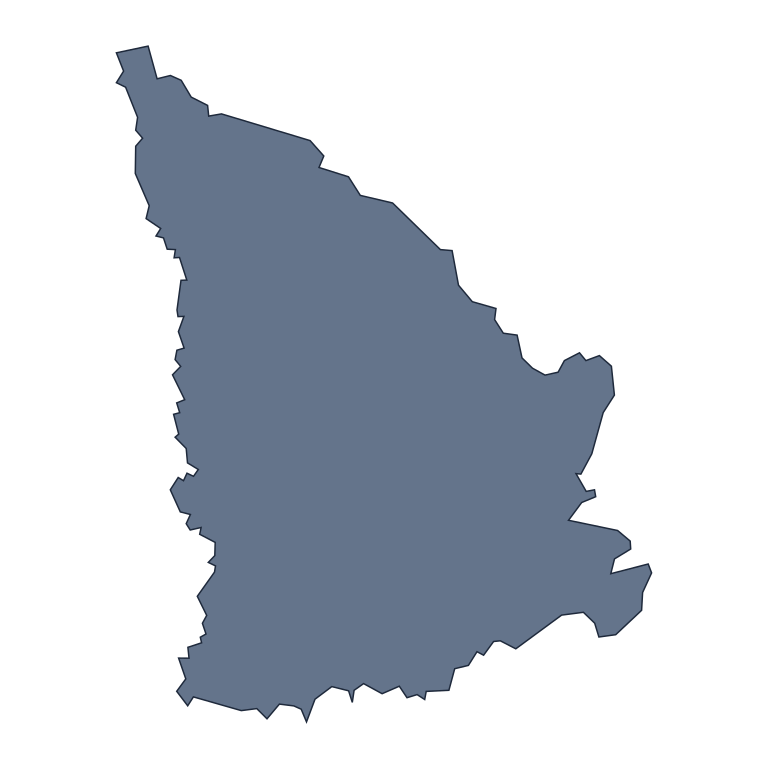 outline of Wassa Amenfi East, Western, Ghana
{"feature_id": "2480657B15365927336493", "entity_name": "Wassa Amenfi East", "entity_type": "district", "adm_level": 2, "iso_a3": "GHA", "parent_name": "Ghana", "parent_adm1": "Western", "projection": "mercator", "projection_center": [-2.086, 5.877], "detail": "medium", "context": "isolated", "style": "filled", "palette": "slate", "viewbox_px": 768, "rotation_deg": 0, "n_neighbors": 0, "source": "geoboundaries", "source_scale": "gbopen_adm2", "svg_char_len": 1923}
<svg xmlns="http://www.w3.org/2000/svg" viewBox="0 0 768 768"><path d="M176.7,691.3L187.7,705.8L193.4,696.9L241.3,710.6L256.8,708.6L267.0,718.8L279.4,704.1L293.8,705.9L301.2,709.2L306.5,721.9L315.0,699.2L331.8,686.6L348.6,690.8L352.3,702.4L354.1,690.3L363.6,683.6L382.1,693.7L399.3,686.2L407.0,697.7L417.1,694.6L424.7,699.5L426.2,691.4L448.9,690.3L454.7,668.7L468.4,665.4L477.0,651.7L483.6,655.2L493.6,641.5L500.3,640.8L515.8,648.8L561.6,615.1L583.4,612.3L594.7,623.2L598.9,637.0L615.7,634.7L641.6,610.3L642.6,592.5L651.6,572.9L648.2,564.0L610.8,573.7L614.5,558.9L630.7,549.0L630.2,541.1L617.6,530.5L568.5,520.3L581.7,502.5L595.7,496.7L594.5,489.8L586.2,491.4L576.0,473.6L580.9,474.1L591.8,453.8L603.2,412.6L614.4,395.1L611.4,366.2L599.4,355.6L585.9,360.6L579.5,352.8L564.4,360.6L558.1,372.2L545.0,375.1L532.5,368.2L522.0,357.9L517.1,335.1L503.3,333.2L494.6,319.6L496.0,308.5L472.3,301.7L458.5,285.2L452.1,250.6L440.4,249.6L392.6,203.0L360.3,195.4L348.5,176.8L319.0,167.5L323.8,156.0L310.1,140.6L221.5,113.9L208.7,116.1L207.6,105.4L191.2,97.1L181.2,80.3L170.4,75.5L157.1,78.8L148.1,46.1L116.4,52.8L123.6,71.1L116.4,82.7L125.6,87.2L137.6,117.3L135.7,130.2L142.6,138.2L135.7,146.2L135.3,173.5L149.2,205.7L146.1,218.6L160.7,228.5L156.0,236.0L163.5,237.9L167.2,249.2L175.4,249.6L174.1,257.8L179.5,257.5L186.8,280.1L181.0,280.3L177.0,310.0L178.0,316.6L183.9,316.4L178.4,331.6L184.1,348.1L176.9,350.2L175.1,359.6L180.7,366.4L172.5,374.8L184.7,399.7L176.7,402.9L179.7,412.7L173.6,414.3L178.7,434.1L175.1,437.2L186.2,448.5L187.5,462.9L198.3,469.5L193.5,476.3L187.0,473.2L183.5,480.7L178.2,477.5L170.3,489.8L180.3,511.9L190.4,514.5L186.2,523.7L190.2,530.0L201.1,527.5L199.7,534.3L215.2,542.4L214.8,555.6L208.3,562.4L215.5,565.9L214.5,572.1L197.3,596.3L206.7,615.4L202.4,623.3L206.0,634.0L200.3,637.2L201.6,642.8L187.9,647.3L189.0,658.2L178.6,658.1L185.8,678.9L176.7,691.3Z" fill="#64748b" stroke="#1e293b" stroke-width="1.5"/></svg>